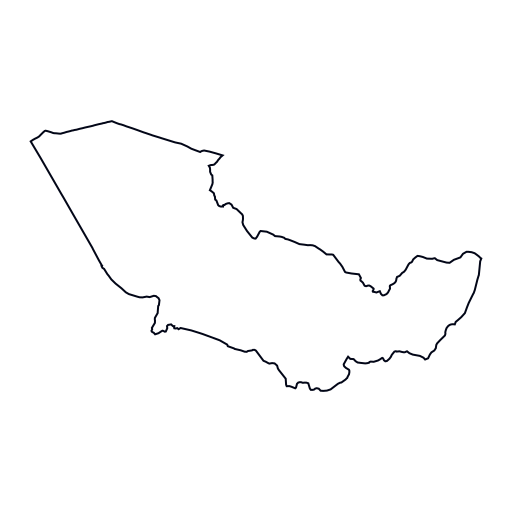 Hulu Sungai Selatan, Kalimantan Selatan, Indonesia
{"feature_id": "22746128B37889128386884", "entity_name": "Hulu Sungai Selatan", "entity_type": "district", "adm_level": 2, "iso_a3": "IDN", "parent_name": "Indonesia", "parent_adm1": "Kalimantan Selatan", "projection": "albers", "projection_center": [115.26, -2.718], "detail": "fine", "context": "isolated", "style": "outline", "palette": "ink", "viewbox_px": 512, "rotation_deg": 0, "n_neighbors": 0, "source": "geoboundaries", "source_scale": "gbopen_adm2", "svg_char_len": 5918}
<svg xmlns="http://www.w3.org/2000/svg" viewBox="0 0 512 512"><path d="M454.8,324.4L455.7,321.9L457.9,320.1L461.2,317.2L464.9,313.1L467.0,307.3L468.7,303.0L471.9,296.5L473.2,293.9L473.7,293.1L474.8,290.0L475.6,286.8L477.4,279.6L478.8,275.0L478.8,275.5L479.7,266.4L480.2,261.3L481.3,258.5L480.5,258.0L478.9,256.4L476.7,254.7L474.6,253.2L471.6,252.2L468.3,251.8L466.5,251.8L463.0,253.8L460.4,257.4L453.9,259.8L449.6,262.8L446.6,262.6L437.2,260.1L434.8,258.2L432.9,258.6L432.3,258.8L429.6,258.7L426.9,258.6L422.9,257.0L420.6,256.4L419.2,256.1L417.5,255.9L415.3,257.5L413.2,259.4L412.0,261.8L411.1,262.5L409.9,262.9L408.9,263.9L408.3,264.8L405.7,269.7L404.1,271.7L402.1,273.0L399.8,275.7L398.4,276.4L397.1,276.9L396.4,278.7L396.4,278.8L396.3,279.8L395.9,281.2L395.3,282.2L394.3,283.2L393.2,283.9L392.3,284.4L390.9,285.0L390.0,285.6L389.9,285.8L389.8,286.2L389.9,286.9L390.0,288.7L389.1,290.3L388.0,292.5L386.5,294.1L383.9,295.3L382.4,295.3L380.9,293.8L379.8,291.2L376.4,292.5L375.0,292.1L373.4,291.8L372.9,291.7L372.7,291.1L373.0,290.7L373.6,289.2L373.6,288.6L370.6,286.2L369.1,285.5L367.8,285.6L367.3,285.8L367.1,285.9L366.1,286.2L364.9,285.9L364.5,285.6L363.0,282.8L361.8,281.6L360.5,280.6L360.3,279.8L360.5,279.0L360.6,278.6L360.9,278.0L358.9,274.3L351.6,273.5L346.1,272.5L345.0,271.9L342.4,266.9L340.1,263.6L338.6,262.0L333.2,254.8L332.0,254.5L326.5,254.4L323.1,251.6L320.2,249.5L318.4,248.4L315.0,246.1L312.6,245.3L312.4,245.3L310.3,245.1L307.8,245.2L304.4,244.7L299.4,244.1L294.7,242.0L291.9,240.9L290.1,240.2L287.9,239.4L286.3,239.1L285.3,238.9L284.2,237.8L283.9,237.7L281.7,236.9L279.7,236.5L275.0,236.1L273.2,234.6L266.8,231.7L260.6,231.0L259.7,231.8L257.1,236.7L255.6,238.6L254.3,238.5L252.3,237.6L247.0,231.0L243.2,225.0L243.0,224.2L242.5,222.4L242.5,222.0L242.8,220.6L243.0,218.9L242.9,215.9L242.2,214.4L241.0,213.3L236.5,209.0L235.9,208.8L233.2,207.8L231.5,204.6L229.2,203.1L227.4,203.4L225.5,204.1L224.4,205.1L223.4,205.0L223.0,205.4L223.0,206.4L222.6,206.4L222.6,206.5L222.1,206.4L221.4,206.6L220.5,206.5L219.7,206.2L219.0,205.9L218.8,205.7L218.2,205.2L216.4,200.5L215.2,199.6L214.9,196.5L214.3,195.6L213.9,193.3L212.3,191.9L210.1,190.3L209.9,190.2L211.5,186.3L212.4,184.1L212.7,182.4L212.6,181.3L212.6,179.6L212.3,175.4L211.2,174.5L210.8,173.5L210.1,171.8L210.1,169.5L209.9,167.7L209.1,166.3L208.8,165.8L209.8,165.4L211.1,165.0L212.1,165.0L213.9,164.7L214.8,164.0L216.0,162.7L217.0,161.8L217.5,161.0L218.4,159.7L219.4,158.7L220.5,157.2L221.3,156.5L222.6,155.4L216.0,153.4L209.5,151.6L204.1,150.5L202.2,150.9L201.2,151.3L200.2,152.0L199.9,151.9L195.8,150.4L191.3,148.7L187.4,146.5L181.2,143.7L175.1,142.4L160.9,138.0L160.7,137.9L152.2,135.3L151.2,134.9L147.9,133.8L145.9,133.1L143.7,132.4L140.7,131.3L137.7,130.2L132.6,128.4L128.7,127.1L126.5,126.4L123.7,125.3L120.9,124.4L119.4,124.1L116.9,123.2L114.4,122.2L112.0,121.2L111.6,121.2L110.5,121.5L110.4,121.5L109.5,121.7L109.2,121.8L107.6,122.0L105.8,122.6L104.2,123.0L102.9,123.2L102.0,123.5L100.6,123.8L98.7,124.2L96.7,124.7L94.3,125.3L93.1,125.7L91.1,126.2L88.3,126.8L85.1,127.5L82.5,128.2L79.7,128.8L76.5,129.7L74.5,130.0L73.1,130.4L71.7,130.6L70.6,131.0L69.0,131.4L67.8,131.7L66.8,131.9L65.5,132.3L64.3,132.7L63.1,133.0L61.6,133.4L60.8,133.7L60.0,133.7L58.9,133.6L56.2,133.3L54.1,133.2L53.1,133.0L51.3,132.3L47.7,131.2L45.6,130.7L44.7,131.0L44.1,131.5L43.8,131.8L43.4,132.1L42.4,133.1L41.5,134.0L39.8,135.7L39.3,136.3L37.8,137.3L37.2,137.6L37.3,137.6L34.8,138.8L33.6,139.5L33.2,139.7L30.7,141.4L40.6,158.0L48.9,172.4L61.3,193.9L63.5,197.6L73.0,214.2L92.4,247.9L92.9,249.0L98.9,260.3L101.7,265.2L102.0,265.6L101.5,265.9L102.4,267.8L104.1,268.9L107.4,274.2L108.6,275.6L111.3,279.4L115.6,283.6L121.0,287.9L121.6,288.4L125.8,292.3L128.9,294.1L137.4,296.7L139.7,297.3L142.5,297.4L146.7,296.6L149.7,297.1L153.8,295.8L155.9,296.1L157.5,297.4L158.5,298.1L159.5,300.2L158.9,305.1L158.2,306.0L157.7,312.3L157.7,312.7L157.7,313.0L154.9,317.9L154.8,319.2L154.9,320.2L155.0,320.5L154.9,322.9L151.9,327.9L152.0,328.4L152.2,329.2L151.9,330.0L151.5,330.6L151.5,330.8L151.7,331.5L152.1,331.9L153.8,332.8L155.1,334.3L158.5,333.2L161.5,331.2L162.4,330.7L163.3,330.9L164.8,331.7L165.8,331.5L166.5,329.9L166.8,329.2L167.2,328.5L167.2,327.5L167.0,326.1L168.1,324.9L169.4,324.7L171.1,324.4L172.9,326.1L174.3,326.1L174.1,327.4L174.3,328.3L175.8,328.5L177.2,328.1L178.6,329.2L180.6,328.0L191.2,330.4L199.2,332.9L202.6,334.0L219.7,340.3L227.2,344.6L227.8,346.2L234.0,348.4L234.6,348.9L240.7,350.3L244.7,351.7L246.7,351.8L248.0,351.0L252.0,350.4L252.8,349.9L253.7,349.9L254.7,349.9L255.9,350.6L263.5,360.8L265.7,361.7L268.2,363.1L269.3,363.6L272.1,363.1L274.6,363.4L277.1,365.6L277.9,368.5L278.9,370.1L285.7,378.7L286.1,384.7L286.7,386.2L289.4,386.1L291.6,386.8L295.2,388.3L296.0,387.6L297.0,383.8L298.2,382.6L299.6,382.2L301.0,382.2L302.8,382.8L304.9,382.6L306.6,382.7L308.3,383.3L309.9,388.6L310.9,389.9L312.7,389.9L314.2,389.5L315.2,388.6L316.7,388.2L318.8,388.7L320.6,390.7L323.2,390.9L326.9,390.6L330.6,389.4L337.9,383.8L340.1,382.7L341.4,382.5L345.6,379.5L346.6,378.4L347.2,378.0L347.7,376.6L349.0,374.3L349.4,372.0L349.3,370.7L349.3,370.4L348.9,369.7L345.9,367.9L344.2,366.3L343.9,365.5L343.7,364.3L346.8,358.7L348.1,356.7L350.3,358.9L352.2,359.0L353.6,359.1L355.6,361.2L357.6,362.5L360.7,362.9L365.2,363.4L367.1,363.2L368.8,362.8L369.2,362.6L369.4,362.1L369.5,362.0L370.7,361.6L373.7,361.8L378.0,360.5L380.1,359.3L382.0,358.0L382.2,357.9L383.0,358.3L383.1,358.5L384.0,360.3L385.3,361.3L386.9,361.0L389.4,358.8L391.1,356.5L391.4,355.5L392.3,354.2L394.4,351.6L395.9,351.2L396.6,351.6L399.5,351.3L402.1,352.0L404.5,352.4L404.4,352.4L407.0,351.3L409.4,353.2L412.8,354.6L419.9,355.9L423.5,357.7L425.1,359.5L428.1,358.3L429.9,354.5L431.4,352.4L434.3,350.5L435.8,348.2L436.3,344.9L437.1,343.4L440.4,339.9L444.9,335.5L445.4,333.9L445.3,332.2L445.7,330.5L446.5,328.2L447.9,326.3L449.5,325.0L451.1,324.4L452.9,324.2L454.8,324.4Z" fill="none" stroke="#020617" stroke-width="2"/></svg>